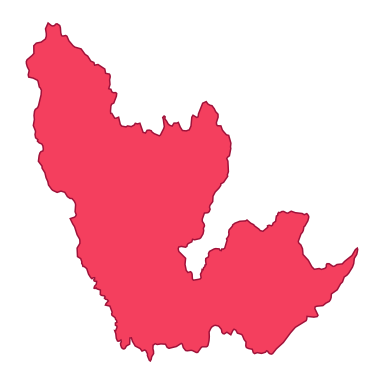 the district of Formoso, Minas Gerais, Brazil
{"feature_id": "56859067B40805463906260", "entity_name": "Formoso", "entity_type": "district", "adm_level": 2, "iso_a3": "BRA", "parent_name": "Brazil", "parent_adm1": "Minas Gerais", "projection": "equal_earth", "projection_center": [-46.096, -15.072], "detail": "fine", "context": "isolated", "style": "filled", "palette": "rose", "viewbox_px": 384, "rotation_deg": 0, "n_neighbors": 0, "source": "geoboundaries", "source_scale": "gbopen_adm2", "svg_char_len": 5952}
<svg xmlns="http://www.w3.org/2000/svg" viewBox="0 0 384 384"><path d="M206.2,101.6L202.7,103.2L198.5,113.8L198.1,116.8L196.8,117.5L193.0,115.2L191.8,117.2L191.0,126.0L189.3,129.8L186.2,130.9L182.4,130.5L180.3,127.2L178.3,122.4L176.9,123.1L174.0,123.1L172.1,126.1L169.7,125.3L168.1,123.9L166.6,121.1L164.9,118.9L165.1,116.7L164.1,116.0L162.7,117.5L163.3,119.3L164.3,126.6L163.7,128.6L160.4,135.1L159.3,135.8L154.1,133.6L152.0,132.0L151.2,130.7L149.2,130.1L147.1,130.3L145.5,133.0L143.1,132.4L139.9,123.2L137.5,123.9L135.3,123.3L134.2,125.0L131.3,126.6L127.6,125.9L126.0,126.9L121.7,126.1L120.3,124.4L118.6,117.2L116.2,118.2L114.7,118.2L111.8,113.4L110.7,113.4L110.5,111.1L110.9,106.0L111.6,104.2L113.8,103.0L116.4,96.2L116.7,93.5L115.7,92.6L113.3,92.7L111.8,91.8L110.9,89.3L108.7,88.7L110.0,84.5L109.6,79.8L110.2,76.9L110.0,75.2L109.4,74.1L105.6,73.3L104.8,69.0L98.0,64.5L94.6,65.2L93.9,62.5L90.8,61.1L87.7,56.1L85.0,54.3L81.1,48.9L74.8,47.1L72.9,45.6L68.9,40.8L67.0,36.3L65.7,35.5L62.9,36.1L61.6,35.7L60.8,33.1L60.4,27.7L59.7,25.5L57.1,23.8L55.9,24.0L54.4,25.6L52.7,26.0L51.4,25.6L48.1,23.0L45.5,28.8L46.3,33.5L46.3,36.2L45.4,39.0L41.2,42.1L36.3,43.1L33.8,45.7L33.9,53.4L32.2,55.4L27.1,59.7L26.3,61.5L26.4,63.6L27.3,66.8L29.2,70.5L28.2,74.8L28.7,77.1L33.2,78.1L37.3,80.2L38.0,81.2L39.3,87.0L40.1,87.7L41.4,90.2L41.1,94.8L38.5,105.7L37.6,107.7L35.3,109.4L34.5,111.3L34.0,115.5L34.4,119.5L33.3,125.5L35.4,130.8L35.5,132.0L35.0,134.5L35.6,137.8L37.9,139.7L37.4,141.1L39.1,142.8L41.8,144.0L42.9,145.9L43.3,149.1L42.9,150.9L41.0,151.6L39.9,153.0L39.1,155.7L38.4,161.3L42.0,166.1L42.1,168.2L44.9,172.7L46.1,177.8L47.8,181.5L48.5,185.0L51.7,189.4L52.9,190.4L57.1,192.4L61.0,191.1L64.8,192.3L67.4,196.6L70.0,198.4L72.1,198.6L74.1,201.0L75.2,203.0L75.6,204.8L75.1,211.7L76.3,214.9L75.5,216.3L74.5,217.2L70.2,218.6L72.7,223.8L74.6,226.8L77.1,234.7L79.6,239.0L79.9,240.8L79.9,243.4L77.1,248.1L77.5,256.6L80.7,258.6L81.8,261.8L81.7,263.4L82.5,264.6L82.9,266.4L84.3,266.6L86.7,268.6L88.6,274.3L90.8,277.7L91.9,278.7L93.1,277.8L94.6,277.7L94.6,279.2L93.7,279.9L94.3,281.1L96.6,281.4L96.3,284.3L94.6,286.2L94.0,288.1L95.0,288.5L96.1,287.9L97.0,288.9L100.4,290.0L100.3,294.4L101.3,295.3L104.4,295.9L105.2,297.0L104.4,298.1L105.5,299.2L107.4,299.7L108.3,301.0L106.1,303.5L105.4,305.1L109.9,306.1L112.2,312.3L111.6,313.8L112.0,315.3L115.1,317.6L115.6,319.4L116.6,320.4L116.9,322.3L115.4,323.0L115.4,325.2L116.9,326.1L117.0,327.4L115.6,330.8L114.7,330.6L115.8,333.7L116.3,338.3L117.5,341.0L118.9,341.2L120.9,340.0L121.3,341.8L120.5,343.5L120.7,345.2L121.6,347.7L122.8,348.7L123.9,349.0L125.1,348.3L126.4,346.0L129.7,344.1L129.9,338.0L131.4,337.8L132.4,341.2L135.2,346.0L140.2,348.6L142.0,351.1L144.7,350.0L145.9,350.7L147.5,353.9L147.4,355.4L147.9,356.9L149.4,360.4L150.3,361.0L151.2,359.3L151.7,356.7L153.6,353.6L153.5,351.0L152.9,348.8L153.1,345.2L155.2,343.7L157.2,344.5L160.9,343.9L165.5,344.2L167.2,347.4L169.0,348.3L176.4,346.5L181.2,343.4L182.3,344.1L183.3,347.6L185.6,350.5L187.2,350.8L191.1,350.3L192.6,350.6L196.3,352.5L197.7,352.4L201.1,347.6L202.2,346.8L206.3,346.8L207.3,346.3L208.0,345.2L209.0,340.7L209.3,336.7L209.1,331.9L210.8,328.3L212.0,326.8L213.9,325.6L215.4,325.3L218.5,326.0L219.5,327.0L221.4,329.4L221.9,332.3L223.0,333.6L224.2,333.9L226.9,332.2L230.8,334.8L232.9,330.4L234.0,329.2L235.8,330.1L237.4,333.1L241.5,334.4L242.4,335.4L244.1,339.5L246.0,342.0L245.8,345.9L246.4,347.5L248.5,348.5L252.3,349.3L253.3,352.6L254.6,353.6L257.2,352.6L261.4,353.4L262.7,353.1L265.5,352.2L266.6,350.8L267.7,351.3L268.6,352.8L270.0,353.8L271.4,354.1L272.6,353.6L276.4,348.8L283.3,342.5L290.5,332.8L295.3,327.3L306.2,320.6L306.7,319.3L307.0,316.4L313.9,317.1L317.1,316.6L318.0,315.3L314.8,308.5L315.2,306.8L316.8,306.2L322.9,305.6L325.8,303.2L329.2,301.4L330.4,299.7L331.1,297.6L331.4,293.9L337.2,289.8L340.5,283.9L342.5,281.9L344.2,277.0L346.9,275.2L348.6,273.3L352.4,267.2L353.7,263.7L354.3,258.4L356.7,254.5L357.2,252.4L357.7,249.4L357.3,248.1L355.4,249.6L352.0,255.5L344.6,261.4L342.3,263.9L337.0,264.5L334.5,266.2L333.0,266.4L329.1,263.7L327.0,263.7L326.3,264.8L326.3,266.7L325.5,268.0L324.1,268.6L321.4,269.4L319.2,268.5L314.3,269.3L311.8,266.7L308.3,260.3L303.0,254.5L302.5,248.7L300.9,245.0L298.7,242.9L298.3,241.3L300.9,234.1L302.5,232.1L303.3,230.3L303.9,226.8L304.9,226.0L307.8,220.9L308.7,217.7L308.7,216.3L307.9,214.9L306.8,213.6L304.2,214.7L302.2,213.5L295.3,212.7L291.2,211.2L287.9,213.1L286.4,212.9L283.6,211.4L281.9,211.5L279.9,212.7L278.6,212.4L277.8,213.8L277.6,215.4L276.4,216.0L275.6,221.3L273.1,223.1L272.5,225.0L271.6,225.8L269.1,225.2L267.5,225.8L267.7,227.3L262.9,231.3L260.2,230.6L258.9,229.1L254.4,225.8L253.7,224.7L250.7,223.2L247.0,220.0L245.6,220.9L239.7,221.3L234.9,223.2L232.7,224.9L232.4,226.2L229.1,229.9L228.7,232.3L229.0,234.1L228.4,236.3L226.5,238.9L227.1,240.1L224.7,248.2L223.4,249.1L221.8,249.0L221.3,250.6L220.1,250.4L219.2,248.9L215.7,248.6L214.0,249.0L209.5,251.4L208.5,253.4L208.7,255.7L208.3,257.0L205.8,258.5L205.6,260.7L206.1,264.6L205.0,265.0L204.8,266.7L203.6,267.7L203.1,269.7L202.1,269.4L201.8,271.6L200.5,274.2L201.1,277.8L199.9,279.1L193.4,280.2L192.4,278.9L192.1,274.1L191.6,272.7L190.6,271.7L187.9,272.5L186.2,270.3L185.0,264.4L185.6,258.3L178.8,251.5L178.2,248.9L178.7,247.0L181.3,246.4L185.6,247.2L186.9,246.3L187.2,244.9L188.1,243.6L191.8,241.8L192.5,239.3L194.6,239.8L199.7,238.6L200.8,237.7L203.0,233.9L203.7,230.7L203.4,228.3L204.5,225.9L204.1,224.1L202.3,221.3L202.3,219.0L204.4,213.1L207.9,212.7L209.2,211.6L210.1,209.2L209.5,207.2L209.9,205.4L212.7,201.6L213.0,196.2L215.2,192.0L218.8,188.3L220.7,185.5L220.8,183.9L223.6,182.3L227.7,176.3L227.3,174.9L228.4,171.7L227.9,161.1L226.7,158.6L227.8,157.0L229.4,155.8L230.8,148.4L230.5,147.0L230.9,143.2L228.7,135.4L226.4,134.8L223.5,131.5L222.3,129.9L220.9,125.9L217.5,125.7L216.6,124.6L216.4,122.5L218.1,117.2L218.0,114.2L215.6,111.6L214.3,108.8L212.0,105.7L209.9,105.2L207.8,103.9L206.2,101.6Z" fill="#f43f5e" stroke="#9f1239" stroke-width="1.5"/></svg>